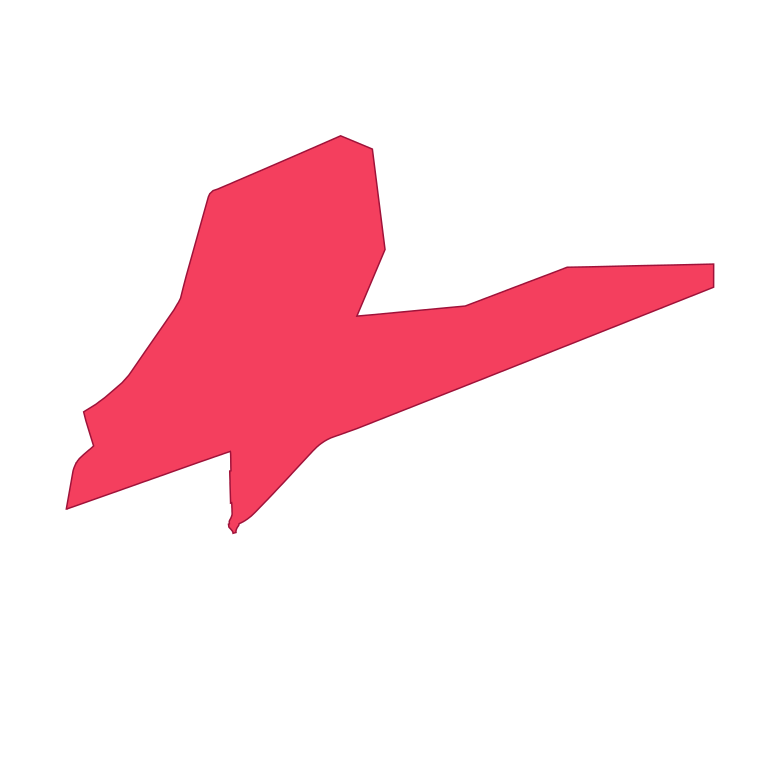 outline of Almere, Flevoland, Netherlands, rotated 113°
{"feature_id": "6326949B15537896627734", "entity_name": "Almere", "entity_type": "district", "adm_level": 2, "iso_a3": "NLD", "parent_name": "Netherlands", "parent_adm1": "Flevoland", "projection": "equal_earth", "projection_center": [5.3, 52.443], "detail": "fine", "context": "isolated", "style": "filled", "palette": "rose", "viewbox_px": 768, "rotation_deg": 113, "n_neighbors": 0, "source": "geoboundaries", "source_scale": "gbopen_adm2", "svg_char_len": 3843}
<svg xmlns="http://www.w3.org/2000/svg" viewBox="0 0 768 768"><g transform="rotate(113 384 384)"><path d="M527.0,649.6L529.8,647.5L530.0,647.3L530.9,646.7L531.1,646.5L531.5,646.2L534.5,643.9L538.8,640.3L545.6,634.6L553.3,628.1L553.7,627.8L553.7,627.7L553.8,627.6L554.2,627.4L554.3,627.2L554.5,627.1L557.5,628.5L558.8,629.1L560.0,629.8L566.5,633.0L567.9,633.6L569.2,634.2L570.6,634.8L571.7,635.3L573.4,635.7L574.7,636.1L574.9,636.1L575.4,636.2L575.6,636.2L576.5,636.3L577.1,636.7L577.8,636.5L578.9,636.6L580.1,636.6L581.6,636.6L582.3,636.6L583.5,636.5L584.4,636.4L585.3,636.3L586.2,636.1L587.1,635.9L596.6,633.7L623.2,627.6L622.9,626.8L622.8,626.7L622.7,626.7L622.2,626.3L619.1,622.9L619.0,622.7L618.7,622.4L618.5,622.2L605.5,608.0L605.4,607.9L599.0,600.9L592.7,594.0L586.3,587.0L585.7,586.3L580.5,580.7L580.0,580.1L567.2,566.2L565.2,563.9L563.8,562.4L562.0,560.5L561.3,559.7L560.9,559.3L560.8,559.2L560.7,559.1L560.3,558.6L560.2,558.5L560.0,558.3L557.5,555.5L556.5,554.5L554.3,552.0L547.9,545.1L541.3,537.9L534.8,530.8L529.2,524.7L521.8,516.5L516.4,510.6L516.1,510.2L514.2,508.1L513.8,507.7L513.5,507.3L513.3,507.2L513.0,506.8L512.8,506.5L510.8,504.4L506.1,499.1L506.5,498.8L507.6,498.2L508.8,497.6L509.9,497.1L511.3,496.5L512.5,495.9L513.7,495.4L515.8,494.5L517.6,493.7L519.9,492.7L522.1,491.7L523.4,491.1L523.5,491.1L523.8,491.0L524.3,491.8L524.4,492.0L525.1,491.7L526.0,491.3L526.0,491.2L526.4,491.1L526.5,491.0L527.5,490.6L533.3,487.9L533.5,487.8L533.7,487.7L534.2,487.5L535.0,487.2L553.1,478.9L553.6,478.7L553.3,478.3L553.2,478.3L552.8,477.9L554.8,476.8L556.1,476.2L556.4,476.1L558.4,475.1L560.5,474.2L562.1,473.4L563.3,472.9L564.4,472.7L565.8,472.6L567.7,472.6L569.4,472.8L570.1,472.8L570.8,472.8L571.5,472.5L573.1,471.7L573.2,471.8L573.8,472.4L575.1,471.6L575.3,471.5L575.8,471.2L576.1,471.0L576.5,470.6L576.7,470.1L577.6,468.1L578.4,466.6L578.5,466.3L578.7,466.1L578.9,465.8L579.3,465.4L580.0,464.8L580.4,464.6L578.5,462.2L577.6,462.7L577.0,462.8L576.4,463.0L575.8,463.0L575.3,463.1L574.8,463.1L572.8,462.9L571.6,462.6L570.7,462.5L569.8,462.7L569.3,462.8L569.2,462.8L568.9,462.5L568.2,461.9L567.5,461.2L566.7,460.6L566.0,460.0L565.7,459.7L565.2,459.4L564.4,458.8L564.1,458.6L563.9,458.4L563.6,458.2L562.7,457.7L561.9,457.1L561.0,456.6L560.1,456.1L559.2,455.6L558.3,455.1L557.4,454.6L556.5,454.2L555.5,453.8L554.9,453.5L553.9,453.1L553.0,452.7L552.0,452.3L551.0,451.9L548.9,451.1L545.2,449.7L544.7,449.5L544.0,449.2L539.0,447.3L535.5,445.9L534.9,445.7L534.1,445.4L533.2,445.1L532.8,444.9L531.9,444.6L531.5,444.4L530.6,444.1L529.1,443.5L524.1,441.7L519.2,439.9L514.2,438.0L503.1,434.0L502.9,434.0L502.4,433.8L477.5,424.8L476.6,424.4L476.2,424.3L475.6,424.1L473.1,423.2L472.6,423.0L471.7,422.6L470.7,422.2L469.7,421.8L468.7,421.4L467.8,421.0L466.9,420.5L466.0,420.1L465.0,419.6L464.2,419.1L463.3,418.6L462.4,418.0L461.6,417.5L460.8,417.0L459.9,416.4L459.1,415.8L458.3,415.2L457.5,414.6L456.8,414.0L456.0,413.3L455.3,412.7L454.5,412.0L453.9,411.4L453.3,410.7L452.6,410.0L449.3,406.4L449.1,406.1L442.7,399.2L442.1,398.6L441.8,398.2L441.6,398.0L435.5,391.4L422.4,378.1L336.9,291.2L286.8,240.5L211.6,164.4L166.1,118.4L144.8,127.4L161.6,164.6L174.1,192.5L195.9,240.7L205.0,261.1L214.6,271.0L223.4,280.2L226.1,283.0L234.2,291.5L280.5,339.7L285.5,349.0L302.7,380.9L325.3,422.7L327.1,426.1L332.1,435.5L259.8,435.6L172.3,486.5L172.5,520.9L196.2,543.3L227.9,573.4L255.5,599.8L260.4,604.4L261.1,605.1L261.3,605.3L261.8,605.8L264.5,608.4L267.1,610.9L269.6,613.3L272.8,616.9L276.9,618.7L280.3,618.8L303.6,615.8L339.8,611.1L361.6,608.3L373.2,606.6L384.5,604.8L389.2,605.1L390.8,605.4L397.9,606.3L409.9,608.8L411.0,609.0L443.3,615.7L447.1,616.5L472.6,621.7L475.8,622.4L485.2,625.6L500.0,632.9L505.8,635.8L510.2,638.4L512.2,639.6L512.3,639.6L515.1,641.2L524.3,647.7L525.0,648.2L527.0,649.6Z" fill="#f43f5e" stroke="#9f1239" stroke-width="1.5"/></g></svg>